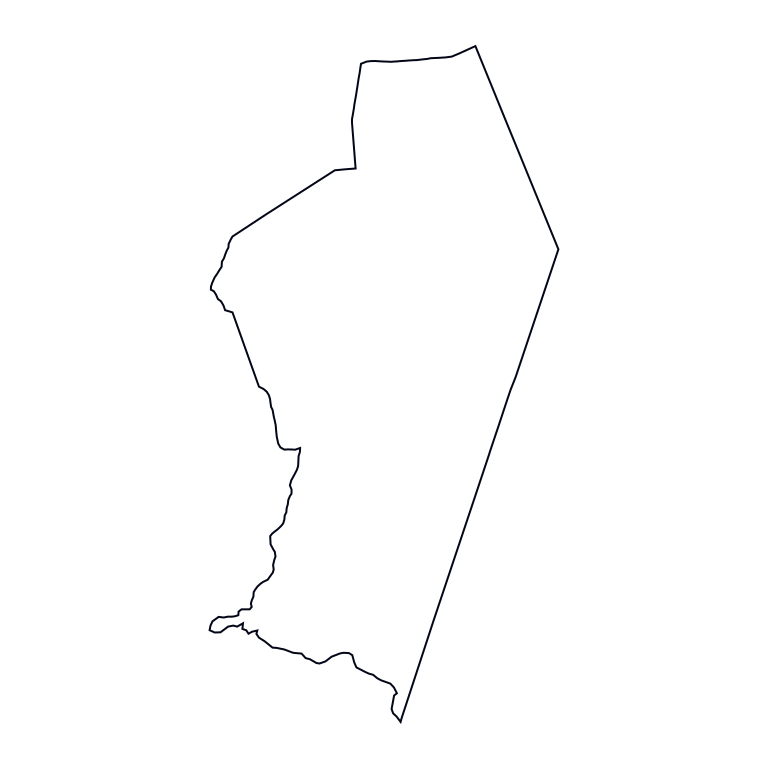 Iuiu, Bahia, Brazil (Albers equal-area conic projection)
{"feature_id": "56859067B30006317173960", "entity_name": "Iuiu", "entity_type": "district", "adm_level": 2, "iso_a3": "BRA", "parent_name": "Brazil", "parent_adm1": "Bahia", "projection": "albers", "projection_center": [-43.619, -14.491], "detail": "fine", "context": "isolated", "style": "outline", "palette": "ink", "viewbox_px": 768, "rotation_deg": 0, "n_neighbors": 0, "source": "geoboundaries", "source_scale": "gbopen_adm2", "svg_char_len": 2508}
<svg xmlns="http://www.w3.org/2000/svg" viewBox="0 0 768 768"><path d="M510.7,389.5L515.7,376.9L558.4,249.3L519.6,154.3L506.6,122.7L475.4,46.1L467.7,49.6L459.8,53.2L451.8,56.6L445.7,57.4L439.5,57.8L430.7,58.2L427.4,58.9L422.5,59.4L416.7,60.1L413.5,60.2L408.7,60.5L405.2,60.8L401.5,61.0L397.1,61.4L393.6,61.6L390.5,61.8L387.0,61.6L383.4,61.5L379.6,61.3L375.3,61.0L370.8,61.1L366.5,61.6L361.0,63.8L360.4,67.6L359.6,73.2L358.6,78.5L358.0,82.6L357.2,87.8L356.4,92.9L355.8,96.6L355.0,101.0L354.3,105.1L353.9,108.3L353.4,111.2L352.8,114.8L352.0,119.2L352.0,122.7L355.6,168.5L345.2,169.3L334.8,170.3L266.2,214.3L232.5,236.5L230.8,239.4L228.7,243.8L228.4,247.6L226.7,250.7L225.1,254.8L224.0,258.2L221.9,261.7L221.6,266.8L218.9,270.9L217.3,273.6L214.6,277.5L212.2,282.9L211.0,286.6L210.9,289.7L213.8,291.2L216.0,294.6L217.9,299.0L221.0,301.3L223.4,305.3L225.1,310.2L228.6,311.2L232.5,312.4L257.9,383.7L259.0,386.7L263.4,388.9L266.7,391.7L268.8,395.1L270.0,398.8L270.5,402.8L271.1,406.9L272.6,410.0L273.8,416.7L274.6,420.0L275.7,425.2L276.0,429.1L276.4,433.3L276.8,436.9L278.2,443.5L280.4,447.4L284.3,449.6L288.0,449.4L291.6,449.5L295.2,449.7L300.1,448.0L299.9,452.0L298.6,456.1L298.4,460.7L298.1,466.2L296.9,469.8L294.8,473.9L291.2,480.5L289.9,485.3L291.6,489.7L291.5,493.7L289.9,496.1L288.3,500.0L287.8,504.4L286.7,508.0L286.3,512.4L284.7,515.5L284.4,519.4L283.2,523.4L281.2,525.9L277.8,529.2L274.5,531.7L272.1,533.7L270.2,536.1L270.4,540.7L270.6,544.4L273.1,549.1L274.8,551.8L275.5,556.5L274.2,560.2L273.1,565.1L273.7,569.5L272.8,572.6L270.7,575.5L267.7,579.7L263.1,581.9L260.4,583.8L257.5,586.5L255.3,589.5L253.7,592.1L253.4,596.7L251.8,600.3L250.9,603.6L251.7,606.9L249.7,609.3L245.5,609.3L241.6,609.3L238.6,611.6L238.3,615.2L235.2,616.2L231.9,616.7L227.7,616.7L223.8,617.5L218.6,616.9L215.6,619.1L212.5,621.3L210.5,625.6L209.6,630.2L214.7,632.5L220.5,632.3L228.1,626.6L233.3,625.6L237.2,626.6L243.0,623.3L242.4,628.9L246.3,630.3L248.5,633.7L252.1,631.7L257.3,630.5L256.4,633.9L259.0,637.7L264.7,641.3L272.5,647.6L276.7,647.9L284.4,649.5L293.1,652.8L301.6,653.6L305.6,658.1L309.9,659.2L316.4,663.0L319.5,663.5L325.5,661.4L331.6,656.7L340.1,653.4L343.6,652.8L349.0,653.1L352.3,655.2L354.2,662.3L356.4,667.4L365.3,672.0L369.1,673.7L373.1,674.8L377.2,678.2L381.1,680.3L390.3,683.6L393.9,687.4L396.9,693.3L394.1,695.5L391.6,709.0L393.1,713.3L396.7,716.7L400.6,721.9L401.6,718.2L433.4,621.1L472.5,504.2L489.1,454.4L490.0,451.4L498.2,427.0L507.5,398.9L510.7,389.5Z" fill="none" stroke="#020617" stroke-width="2"/></svg>